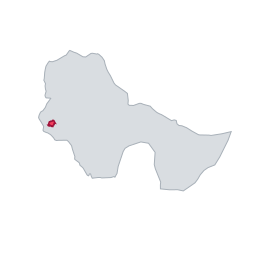 Mālupes pag., Aluksne, Latvia shown in context, rotated 200°
{"feature_id": "27541924B23418807061987", "entity_name": "Mālupes pag.", "entity_type": "district", "adm_level": 2, "iso_a3": "LVA", "parent_name": "Latvia", "parent_adm1": "Aluksne", "projection": "albers", "projection_center": [27.242, 57.317], "detail": "fine", "context": "in_parent", "style": "filled", "palette": "rose", "viewbox_px": 256, "rotation_deg": 200, "n_neighbors": 0, "source": "geoboundaries", "source_scale": "gbopen_adm2", "svg_char_len": 3002}
<svg xmlns="http://www.w3.org/2000/svg" viewBox="0 0 256 256"><g transform="rotate(200 128 128)"><path d="M181.9,187.4L180.5,187.2L176.6,185.6L173.3,183.2L171.4,180.2L168.0,175.9L165.8,173.8L162.3,171.0L156.6,165.5L154.5,164.2L144.2,161.5L140.4,160.3L137.2,154.0L136.2,150.4L134.5,149.7L132.7,150.4L130.6,151.0L125.8,155.0L124.3,155.6L121.4,155.5L114.6,156.1L111.6,154.5L106.3,152.5L103.4,152.1L100.9,152.0L89.6,149.8L87.4,151.4L85.3,151.6L83.4,148.7L81.0,147.8L78.1,148.5L73.0,148.3L67.1,147.0L59.5,145.8L58.3,146.0L49.5,149.0L47.4,149.4L37.6,154.8L29.8,159.9L29.8,150.6L31.9,132.1L33.8,123.0L39.3,118.1L42.1,114.1L44.1,108.7L45.0,103.6L46.3,99.4L54.5,87.8L60.2,87.0L68.0,84.1L76.7,81.9L78.1,85.6L78.8,88.4L88.4,99.1L90.8,102.6L94.2,114.4L103.5,120.7L111.2,119.3L114.6,116.6L120.9,111.6L123.8,107.9L124.5,104.3L124.1,88.5L122.8,81.6L123.5,77.3L124.5,77.6L127.1,75.6L135.6,72.1L137.2,72.0L139.1,71.3L144.4,68.6L146.1,70.2L147.4,72.0L148.2,72.0L148.6,71.4L148.5,70.2L148.9,69.5L150.4,69.9L156.3,74.9L158.6,76.0L160.2,76.4L162.0,78.7L167.2,80.3L167.8,81.4L168.1,82.9L172.9,89.0L175.0,92.1L179.3,94.9L181.2,95.6L188.8,92.8L190.9,91.8L192.7,91.8L194.5,93.3L198.5,95.3L202.2,96.0L202.9,95.8L206.0,96.0L207.1,96.8L207.8,100.7L211.4,103.7L214.7,106.2L215.6,107.3L215.9,109.6L215.7,112.2L215.3,113.6L213.9,115.1L212.7,119.1L212.6,122.9L210.7,129.4L211.1,129.5L215.2,128.3L216.3,129.0L217.2,130.4L217.5,134.5L218.9,136.4L220.3,139.2L220.7,141.5L223.4,144.1L223.6,145.8L225.3,151.9L225.9,155.4L226.2,158.1L225.5,161.6L224.8,163.9L224.0,163.8L221.7,164.4L218.0,167.3L212.5,174.0L211.0,175.4L209.6,180.5L209.2,181.0L206.0,180.8L205.1,180.7L201.8,180.8L194.7,179.5L192.0,180.3L188.3,185.4L186.9,186.1L182.7,186.8L181.9,187.4Z" fill="#d9dde1" stroke="#a8b0b8" stroke-width="1"/><path d="M202.8,102.9L202.8,103.1L202.7,103.6L202.2,103.5L202.0,103.4L201.8,103.4L201.7,103.5L201.3,103.8L201.1,103.8L200.9,103.6L200.6,103.4L200.5,103.5L200.4,103.7L200.4,103.8L200.5,103.9L200.4,103.9L200.2,103.9L200.1,103.7L199.9,103.7L199.7,103.5L199.4,103.6L199.2,103.7L199.3,103.8L199.3,104.0L199.4,104.4L199.3,104.5L199.2,104.6L199.0,105.0L198.9,105.0L199.0,105.0L199.0,105.3L198.9,105.4L198.9,105.5L198.7,105.6L198.7,105.8L198.7,106.0L198.8,106.1L198.7,106.3L198.6,106.5L198.5,106.9L198.5,107.0L198.8,107.1L199.0,107.1L199.0,107.3L198.9,107.4L198.8,107.5L198.7,107.6L198.4,107.7L198.3,107.8L198.2,107.8L198.8,108.3L199.1,108.6L199.5,108.9L200.1,109.5L200.3,109.6L200.6,109.4L200.8,109.5L201.0,109.6L201.4,109.4L201.4,109.2L201.4,108.9L201.5,108.9L201.5,108.7L201.8,108.6L202.1,108.3L202.1,108.2L202.3,108.0L202.5,108.0L202.8,107.8L203.0,107.8L203.0,107.7L203.2,107.3L203.3,107.3L203.9,107.1L204.0,107.0L204.0,106.7L204.0,106.4L204.0,105.9L204.0,105.7L204.0,105.4L204.0,105.2L204.0,104.9L203.9,104.7L203.8,104.4L203.1,104.3L203.2,104.1L203.2,103.8L203.3,103.8L203.5,103.5L203.5,103.4L203.7,103.2L203.8,103.1L204.0,103.1L203.9,103.0L203.5,103.0L203.2,102.9L202.8,102.9Z" fill="#f43f5e" stroke="#9f1239" stroke-width="1.5"/></g></svg>